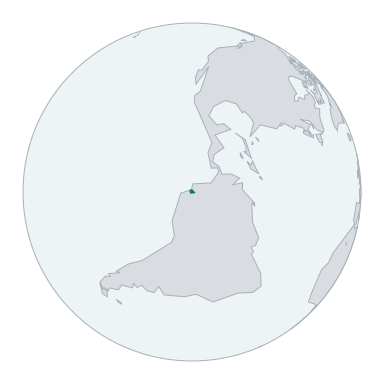 Azuay on an orthographic globe, rotated 49°
{"feature_id": "ECU-1266", "entity_name": "Azuay", "entity_type": "Province", "adm_level": 1, "iso_a3": "ECU", "parent_name": "Ecuador", "parent_adm1": "", "projection": "orthographic", "projection_center": [-79.036, -3.067], "detail": "fine", "context": "on_globe", "style": "filled", "palette": "teal", "viewbox_px": 384, "rotation_deg": 49, "n_neighbors": 0, "source": "natural_earth", "source_scale": "10m", "svg_char_len": 7255}
<svg xmlns="http://www.w3.org/2000/svg" viewBox="0 0 384 384"><g transform="rotate(49 192 192)"><circle cx="192" cy="192" r="169" fill="#eef3f6" stroke="#a8b0b8"/><path d="M94.0,54.4L103.2,48.6L106.7,46.5L104.8,47.3L108.0,45.4L108.4,45.2L115.9,41.2L118.1,40.1L120.8,38.8L120.2,39.1L124.0,37.3L124.6,37.1L136.0,32.6L139.3,31.5L140.7,32.8L149.3,31.0L159.7,33.2L162.1,32.0L167.5,32.8L172.3,31.8L172.8,33.0L176.2,31.3L174.8,30.4L175.8,29.5L178.4,29.0L179.6,30.3L178.4,30.7L180.2,30.9L179.6,31.8L181.4,31.1L182.5,33.0L185.4,30.5L189.7,31.6L189.3,33.1L184.1,33.6L170.4,40.3L168.5,43.0L170.9,45.6L186.5,48.4L186.6,51.4L190.4,54.8L192.8,52.5L190.6,49.1L196.1,46.3L192.8,43.0L194.5,41.6L193.3,38.4L199.1,38.3L205.4,40.0L206.8,42.9L209.6,43.9L212.9,41.1L219.8,46.8L231.9,51.8L233.1,53.7L227.2,56.8L215.6,56.7L208.0,62.8L218.7,58.5L221.4,64.1L224.2,65.1L227.4,64.9L228.6,62.7L230.7,64.9L220.9,69.4L218.9,67.5L222.0,65.9L216.6,66.2L210.0,70.2L211.9,73.2L200.0,77.7L201.2,80.1L199.3,82.8L198.1,78.5L199.9,86.6L186.2,96.3L188.4,112.0L180.1,100.0L173.3,98.9L165.2,99.6L165.4,102.0L154.5,100.8L144.8,106.8L141.6,119.7L145.6,129.4L157.7,129.1L161.2,123.3L170.1,121.7L164.1,137.3L179.6,138.9L178.2,150.7L182.8,156.7L190.4,154.9L198.4,157.7L203.9,150.7L212.9,146.9L213.3,156.5L218.1,147.7L223.2,152.4L241.0,152.1L239.7,154.3L254.6,166.1L270.4,171.7L274.0,179.0L272.2,183.4L277.5,184.9L277.6,187.9L298.3,193.4L308.4,201.6L307.7,212.0L298.6,223.4L288.7,248.4L271.8,256.0L266.4,266.1L251.4,280.6L241.4,279.1L243.2,286.6L236.7,290.9L229.8,291.0L227.8,296.2L222.6,296.2L225.4,299.7L216.1,306.2L217.5,311.8L210.4,317.0L211.5,320.2L209.2,320.0L206.5,321.2L205.9,322.9L199.4,319.9L198.7,312.7L201.9,309.1L198.9,308.5L205.7,299.1L202.1,301.0L204.8,286.7L210.9,274.9L216.5,240.6L213.3,233.8L200.6,225.9L185.5,201.1L189.8,190.8L186.4,186.1L197.6,171.7L194.5,158.6L190.5,156.9L186.6,161.8L172.8,154.1L167.8,144.5L125.6,131.2L121.2,126.8L121.3,119.3L108.1,96.9L113.4,118.4L108.1,114.5L104.0,107.0L106.6,104.8L104.3,94.0L99.7,90.6L100.3,78.0L111.4,62.0L112.7,64.0L115.3,60.4L113.8,58.0L112.2,57.4L118.9,46.0L115.7,43.0L109.3,45.8L115.0,42.7L99.1,51.2L94.0,54.4L94.0,54.4ZM36.5,135.3L37.7,131.6L37.6,133.6L36.5,135.3ZM38.0,129.7L37.6,130.9L37.8,129.9L38.0,129.7ZM37.8,129.2L37.9,129.6L37.6,129.6L37.8,129.2ZM37.4,129.1L37.7,129.0L37.4,129.1ZM187.7,117.5L205.4,125.1L195.6,126.2L197.4,124.7L192.9,121.5L184.5,118.7L175.8,120.7L187.7,117.5ZM37.4,127.7L37.4,127.3L37.8,126.8L37.4,127.7ZM195.2,108.4L192.1,107.9L195.1,107.8L195.2,108.4ZM111.0,57.6L113.4,58.2L113.6,61.3L111.2,60.9L111.0,57.6ZM111.2,52.6L113.2,52.1L110.2,55.3L110.0,54.6L111.2,52.6ZM104.0,48.6L105.4,48.2L102.9,49.3L104.0,48.6ZM190.2,38.8L191.7,38.6L191.1,39.2L190.2,38.8ZM188.2,37.7L186.5,38.6L185.2,38.2L186.3,37.7L188.2,37.7ZM190.6,36.7L183.3,37.5L181.3,37.0L183.7,34.5L190.6,36.7ZM173.1,30.4L174.8,31.3L170.9,31.1L173.1,30.4ZM170.4,30.6L157.2,32.3L156.1,31.1L160.8,30.6L157.4,29.8L163.4,28.3L166.6,28.4L166.1,29.4L168.8,28.2L170.4,30.6ZM175.9,29.1L173.3,29.4L172.2,28.4L177.1,27.6L175.9,28.2L175.9,29.1ZM153.6,30.4L153.6,29.7L158.5,28.3L159.2,27.9L163.4,28.2L153.6,30.4ZM177.5,28.2L179.7,27.3L182.7,27.5L178.3,28.8L177.5,28.2ZM169.8,28.5L169.5,28.0L171.3,28.0L169.8,28.5ZM194.4,28.1L191.4,28.2L190.5,27.5L194.4,28.1ZM180.3,27.0L179.3,27.0L178.6,26.8L180.6,26.4L180.3,27.0ZM166.6,27.3L168.6,27.0L165.1,27.1L168.6,26.3L170.8,26.7L171.3,26.2L172.4,26.0L173.0,26.6L166.6,27.3ZM180.6,25.6L184.6,26.4L190.5,26.3L191.4,26.7L181.8,26.9L180.6,25.6ZM176.1,26.1L179.1,25.8L178.7,26.4L176.4,26.9L176.1,26.1ZM170.2,25.6L164.2,26.7L163.9,26.6L170.2,25.6ZM182.4,25.4L181.4,25.3L182.8,25.3L182.4,25.4ZM174.0,25.4L171.9,25.7L171.7,25.6L174.0,25.4ZM181.1,24.8L182.4,25.0L180.8,25.3L181.1,24.8ZM177.9,25.0L178.0,24.7L179.5,25.3L177.0,25.1L177.9,25.0ZM174.1,25.2L173.3,25.2L175.0,25.1L174.1,25.2ZM186.1,23.9L188.3,24.5L185.0,25.0L183.2,24.3L186.1,23.9ZM210.0,326.2L199.8,321.0L205.7,323.4L210.5,320.7L215.6,324.6L210.0,326.2ZM224.0,319.4L229.1,318.0L230.1,318.9L226.8,320.1L224.0,319.4ZM313.0,74.1L314.3,75.9L324.0,89.6L323.3,90.9L319.1,88.3L307.8,74.6L310.7,73.4L306.7,69.3L299.5,63.7L301.0,64.1L298.4,61.9L298.8,61.5L292.9,56.5L292.5,56.2L303.1,64.7L313.0,74.1ZM279.6,47.5L271.0,42.6L270.6,42.5L279.6,47.5ZM353.0,243.2L353.8,240.5L354.2,239.2L353.0,243.2ZM360.3,207.5L360.8,194.9L360.7,182.8L360.2,177.6L359.8,178.7L358.8,172.5L358.2,172.3L351.4,176.3L346.8,168.4L335.5,144.9L334.9,135.6L330.5,125.2L323.2,91.3L326.5,93.1L326.4,89.6L333.6,99.9L340.1,110.6L345.7,121.9L350.5,133.5L354.4,145.4L357.4,157.6L359.5,169.9L360.7,182.4L360.9,194.9L360.3,207.5ZM331.4,108.0L332.9,111.0L333.0,111.0L331.4,108.0ZM241.5,152.0L243.7,153.9L240.9,153.9L241.5,152.0ZM194.3,130.0L198.0,130.2L200.0,131.6L197.1,132.1L194.3,130.0ZM225.1,130.0L229.3,130.9L225.0,131.6L225.1,130.0ZM208.2,126.1L221.8,129.7L213.4,132.4L204.8,130.4L210.7,129.5L208.2,126.1ZM193.7,113.6L196.0,114.2L195.4,115.9L193.7,113.6ZM197.4,108.4L196.5,108.6L195.3,107.2L197.4,108.4ZM222.0,63.8L222.8,63.5L226.1,63.8L224.7,64.7L222.0,63.8ZM239.7,60.2L242.8,63.7L239.6,61.6L238.3,63.2L230.0,61.1L233.3,54.6L233.3,57.7L239.7,60.2ZM219.9,57.2L224.8,58.8L219.3,57.4L219.9,57.2ZM283.6,51.9L285.9,53.1L288.9,55.4L289.5,57.4L285.2,53.8L283.6,51.9ZM288.4,54.3L278.2,47.8L277.3,46.8L279.5,48.4L280.0,48.3L283.7,50.9L293.0,56.8L296.2,59.4L295.7,60.8L294.1,58.7L291.9,57.5L288.4,54.3ZM253.4,37.7L248.9,36.2L252.9,35.8L256.6,37.4L257.5,39.0L253.7,38.2L253.4,37.7ZM196.3,32.7L194.4,33.1L194.0,32.6L195.4,31.9L196.3,32.7ZM193.1,28.2L204.6,31.2L202.9,31.6L211.6,33.5L210.6,35.4L205.0,34.0L210.8,37.2L205.3,36.8L209.7,39.0L197.3,35.6L192.6,35.7L198.2,34.8L199.3,32.9L198.3,32.1L192.1,30.2L182.5,30.1L182.0,28.6L184.2,27.7L186.4,27.5L186.0,28.4L189.3,27.5L190.4,28.7L193.1,28.2ZM210.2,24.0L208.8,24.0L215.5,24.7L216.7,25.0L217.4,25.0L220.3,25.6L225.1,26.6L224.9,26.7L226.9,27.1L228.9,27.7L231.5,28.3L232.0,28.9L235.2,29.9L233.6,29.6L239.1,31.2L235.2,30.4L237.5,31.4L240.0,31.6L236.4,35.6L237.8,38.8L241.1,42.1L234.1,40.9L226.5,37.3L219.8,33.3L219.4,30.8L216.3,31.0L215.2,29.9L218.1,30.2L213.0,29.2L212.8,28.5L206.8,26.5L199.4,26.1L197.0,25.6L199.8,25.4L195.5,25.1L199.2,24.5L197.5,24.3L199.5,23.7L205.9,24.0L203.6,23.7L205.0,23.6L210.2,24.0ZM186.8,23.7L194.2,23.4L198.4,23.6L193.2,24.5L194.1,24.9L190.9,26.0L184.8,25.9L186.3,25.5L186.3,25.2L188.2,25.3L186.7,24.9L188.7,24.5L188.1,24.2L190.6,24.1L186.8,23.7ZM322.9,85.1L319.5,81.1L319.4,81.0L322.9,85.1Z" fill="#d9dde1" stroke="#a8b0b8" stroke-width="1"/><path d="M190.8,190.3L191.0,190.4L191.0,190.5L191.3,190.6L191.6,191.0L191.7,190.9L191.8,190.9L192.0,190.8L192.1,191.0L192.3,191.1L192.3,191.3L192.5,191.3L192.6,191.2L192.7,190.9L192.8,190.9L193.0,190.8L193.2,190.7L193.3,190.6L193.5,190.7L193.8,190.6L193.8,190.8L193.4,190.9L193.4,191.0L193.4,191.3L193.2,191.6L193.1,191.8L193.1,192.0L192.9,192.2L192.8,192.3L192.7,192.3L192.3,192.7L192.3,192.8L192.2,192.8L192.0,193.0L191.9,193.0L192.0,193.2L191.9,193.3L192.0,193.4L191.9,193.6L191.7,193.5L191.7,193.4L191.6,193.2L191.4,193.2L191.2,193.1L191.2,192.9L190.9,192.8L190.7,192.7L190.3,192.8L190.2,192.8L190.1,192.7L190.3,192.6L190.3,192.4L190.2,192.2L189.9,192.0L189.9,191.9L190.1,191.7L190.0,191.4L190.7,190.6L190.8,190.6L190.9,190.4L190.8,190.3Z" fill="#14b8a6" stroke="#0f766e" stroke-width="1.5"/></g></svg>